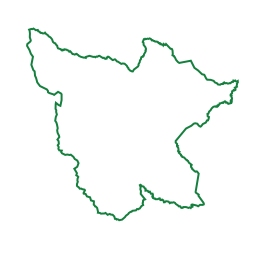 the district of Marrupa, Niassa, Mozambique, rotated 274°
{"feature_id": "85939544B26738067837562", "entity_name": "Marrupa", "entity_type": "district", "adm_level": 2, "iso_a3": "MOZ", "parent_name": "Mozambique", "parent_adm1": "Niassa", "projection": "orthographic", "projection_center": [37.58, -13.04], "detail": "fine", "context": "isolated", "style": "outline", "palette": "green", "viewbox_px": 256, "rotation_deg": 274, "n_neighbors": 0, "source": "geoboundaries", "source_scale": "gbopen_adm2", "svg_char_len": 5841}
<svg xmlns="http://www.w3.org/2000/svg" viewBox="0 0 256 256"><g transform="rotate(274 128 128)"><path d="M217.6,137.6L214.8,136.7L214.2,137.5L212.0,137.8L210.0,139.6L208.3,140.4L207.0,140.4L206.7,140.0L205.6,140.3L202.6,138.8L201.2,138.7L200.8,137.8L200.0,137.7L200.0,137.0L199.5,136.3L197.3,136.0L196.3,135.2L194.5,135.1L192.2,134.0L191.3,134.2L190.1,133.7L186.7,129.8L184.8,128.9L184.7,128.2L185.4,126.2L187.2,124.2L188.0,124.1L188.7,123.2L190.0,122.5L191.9,120.1L192.0,118.2L191.5,116.8L193.5,113.3L193.6,112.4L195.5,110.5L195.5,109.7L194.8,108.5L194.7,107.9L197.7,103.7L197.7,102.9L196.9,102.5L196.8,101.8L195.7,101.8L195.4,100.7L195.7,99.7L196.4,99.0L196.1,98.0L198.0,94.5L197.8,93.6L197.0,92.6L197.1,91.5L196.3,90.6L196.7,89.8L196.5,88.4L197.3,84.5L196.0,81.1L195.0,81.0L195.3,79.9L195.1,79.2L195.6,76.4L196.5,74.0L197.3,73.3L197.7,72.2L198.3,71.8L198.4,71.2L197.5,69.8L197.9,68.5L197.9,67.5L200.5,65.1L200.0,64.1L201.1,63.3L201.3,61.9L201.8,61.5L202.1,59.1L201.8,58.5L201.4,58.7L201.1,58.0L201.4,57.1L200.8,57.0L200.8,56.5L202.0,55.1L202.6,52.6L204.2,51.8L205.2,51.6L206.1,50.4L207.4,49.6L207.5,48.7L208.7,47.1L211.1,46.1L212.2,45.1L213.0,44.3L213.9,42.5L215.0,41.6L216.1,39.7L217.3,38.6L216.6,38.0L216.4,36.4L216.9,35.3L216.7,34.5L217.2,33.5L217.9,33.2L218.2,31.7L219.5,31.2L219.1,29.3L220.6,26.8L219.9,25.5L220.1,24.7L219.2,22.5L218.1,23.1L215.4,23.6L211.7,23.7L208.6,24.9L207.5,24.6L204.7,21.7L202.9,21.6L198.9,24.3L195.3,25.9L192.5,28.2L184.3,27.2L179.2,29.5L178.0,30.9L173.7,31.6L171.5,32.8L167.2,34.3L163.7,37.3L160.8,44.4L159.5,45.5L158.0,45.8L157.3,47.3L156.4,51.1L155.9,52.0L159.2,55.7L157.8,58.7L157.0,59.4L151.2,59.8L145.4,59.0L146.0,57.3L148.1,54.3L146.7,54.2L142.0,54.4L140.8,55.2L139.0,55.2L136.5,56.1L133.9,55.2L130.1,54.9L128.6,56.1L126.5,56.9L122.9,57.9L120.8,57.5L118.3,58.1L115.5,59.7L114.2,60.1L111.5,58.4L110.2,59.6L109.2,59.8L107.4,60.1L105.9,59.1L104.2,60.2L102.4,60.0L100.9,61.0L100.8,63.5L99.4,63.0L98.2,63.9L96.8,67.2L97.3,69.3L97.0,71.7L97.4,72.8L95.4,75.6L93.4,77.0L92.0,79.7L89.5,81.1L85.8,80.1L83.6,77.3L79.4,80.2L77.2,79.7L76.7,80.8L75.7,81.8L73.9,81.2L71.8,81.2L70.9,81.7L68.6,81.0L66.8,81.1L66.2,81.6L65.5,82.9L64.1,84.1L64.3,85.6L63.8,86.5L63.5,88.9L62.9,89.4L60.0,88.2L59.4,88.4L59.3,90.3L56.9,91.8L56.2,95.0L53.2,96.1L52.5,99.1L49.1,99.2L48.3,100.2L47.5,100.6L47.3,101.5L46.1,102.8L42.1,104.0L41.4,103.9L41.3,105.9L40.7,106.9L41.1,110.5L41.7,111.5L40.0,113.7L41.0,115.8L40.4,117.0L40.4,118.7L38.8,120.5L36.5,121.3L36.5,122.6L35.9,123.0L36.2,123.8L36.0,124.9L35.4,125.6L36.2,128.5L38.9,131.2L40.3,132.0L42.3,134.3L43.2,134.7L44.6,136.5L44.7,137.4L45.7,138.1L46.4,141.7L47.8,142.7L47.7,144.1L48.4,144.8L48.6,145.4L51.1,146.9L52.2,148.5L54.1,147.8L54.7,148.1L56.7,148.1L57.3,148.5L58.0,150.0L63.1,145.3L66.1,145.3L67.7,144.6L69.9,144.7L71.8,143.8L72.2,144.3L71.9,144.9L71.4,144.6L71.0,144.9L70.7,147.6L68.9,149.0L68.8,149.7L67.7,150.1L67.2,149.7L66.7,149.8L66.9,150.3L66.7,152.1L66.0,152.7L66.0,153.8L65.5,153.5L65.3,154.7L64.0,155.5L64.2,157.1L62.9,157.6L62.4,157.2L61.4,157.7L61.0,157.1L59.9,157.8L59.8,158.7L59.3,159.2L59.5,159.9L58.9,160.5L59.1,162.8L60.0,164.1L60.0,164.6L58.5,165.2L58.3,165.7L58.5,166.6L59.0,167.0L58.3,168.3L56.4,169.0L56.5,169.9L57.4,170.6L57.6,171.4L57.4,173.6L55.9,175.0L56.8,176.1L56.5,177.0L57.1,178.8L56.6,180.1L55.6,180.9L54.1,183.5L53.4,184.1L53.6,185.3L53.2,185.9L52.4,186.2L52.0,187.1L52.2,188.2L53.0,188.6L53.2,191.4L52.5,194.0L53.2,195.4L52.6,196.2L53.2,196.5L54.0,197.9L54.5,197.8L55.4,196.6L55.9,196.7L56.2,197.5L55.4,202.2L54.8,203.4L56.4,205.3L56.5,207.8L57.0,208.9L57.5,209.0L58.7,208.5L65.3,203.0L66.5,203.2L68.0,200.5L68.8,199.9L87.4,201.7L89.4,199.9L89.5,199.0L89.1,198.5L89.4,197.7L91.7,194.8L92.2,194.9L93.1,193.8L94.7,193.4L95.0,193.4L94.9,193.9L95.7,194.1L97.7,191.1L99.3,190.2L99.4,189.6L100.1,189.2L100.2,188.5L102.5,186.0L102.9,184.2L103.5,184.1L104.2,182.8L105.0,182.8L106.6,180.7L106.9,180.9L107.7,180.1L108.1,180.7L108.8,179.6L109.9,179.9L111.7,179.5L112.9,178.4L113.6,178.9L114.0,178.1L115.5,178.1L116.8,176.6L118.4,176.5L131.5,185.9L134.7,191.1L136.9,193.3L137.4,194.7L137.1,196.9L135.3,198.4L134.4,200.1L134.8,200.8L137.2,202.4L138.8,205.2L141.1,206.3L141.2,207.3L142.8,207.8L144.6,208.0L145.2,206.7L147.5,206.3L147.8,207.1L150.1,207.8L151.4,209.1L153.4,210.1L155.1,211.7L155.7,213.4L155.4,213.9L155.8,214.6L155.3,215.3L155.7,215.8L156.4,215.8L156.3,216.2L157.1,216.4L156.9,216.8L158.1,217.6L158.9,217.7L158.9,218.3L160.0,220.4L159.6,220.8L159.7,221.4L160.8,222.0L161.4,222.9L161.0,223.7L160.1,224.0L160.2,225.5L159.4,225.8L159.1,226.4L160.1,229.3L161.1,229.6L161.5,228.6L162.5,228.5L163.0,228.8L162.5,229.2L162.6,229.6L165.1,229.7L166.3,229.0L167.4,229.1L167.5,228.1L168.0,228.0L168.8,228.2L169.8,229.4L171.9,229.3L172.5,230.4L173.3,230.7L172.9,231.6L173.5,232.5L174.6,232.5L175.7,231.8L176.8,233.8L177.6,233.4L178.8,233.7L179.8,233.5L181.2,234.4L182.5,234.2L182.0,233.5L182.2,232.0L182.8,231.6L182.4,231.0L182.7,229.8L181.3,229.5L181.2,228.4L179.8,227.0L179.9,226.3L179.4,225.4L179.3,224.1L179.6,223.6L179.7,222.5L179.3,221.7L179.4,221.0L180.1,220.7L179.7,220.0L178.5,219.7L178.4,217.9L177.7,217.1L177.6,215.8L177.8,214.5L178.7,213.9L179.6,211.4L181.0,210.2L181.8,207.1L181.7,203.6L182.7,202.6L186.4,200.4L186.8,198.1L190.4,193.8L192.6,190.1L199.5,186.0L196.5,174.6L197.3,173.2L199.3,171.2L202.0,169.7L202.5,168.9L203.1,168.8L203.6,167.3L205.1,167.5L208.5,167.0L209.7,166.4L210.0,166.1L210.0,164.9L214.3,160.2L214.0,160.1L214.0,159.5L213.5,159.6L213.3,159.3L213.6,158.7L213.5,157.9L213.9,157.6L212.9,157.3L213.4,156.9L213.6,155.5L214.0,155.4L213.9,154.3L214.8,154.2L215.0,153.3L214.8,152.7L215.7,152.0L215.6,151.7L216.2,150.9L216.1,149.0L216.6,148.4L216.7,147.3L217.4,146.4L217.1,145.6L218.4,144.6L218.9,143.3L218.3,142.3L218.5,141.2L217.8,139.5L218.2,138.8L217.5,138.1L217.6,137.6Z" fill="none" stroke="#15803d" stroke-width="2"/></g></svg>